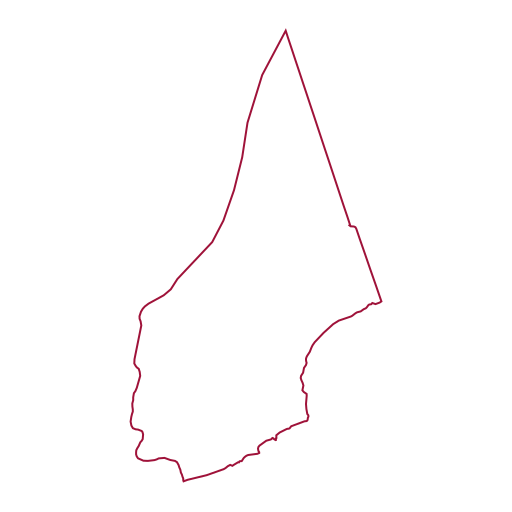 outline of Al Mahrah
{"feature_id": "YEM-332", "entity_name": "Al Mahrah", "entity_type": "Governorate", "adm_level": 1, "iso_a3": "YEM", "parent_name": "Yemen", "parent_adm1": "", "projection": "equal_earth", "projection_center": [51.606, 17.039], "detail": "fine", "context": "isolated", "style": "outline", "palette": "rose", "viewbox_px": 512, "rotation_deg": 0, "n_neighbors": 0, "source": "natural_earth", "source_scale": "10m", "svg_char_len": 2589}
<svg xmlns="http://www.w3.org/2000/svg" viewBox="0 0 512 512"><path d="M285.7,30.7L288.1,38.1L291.8,49.2L295.5,60.4L299.2,71.5L302.9,82.7L306.6,93.8L310.3,105.0L314.0,116.1L317.7,127.3L321.4,138.5L325.1,149.7L328.8,160.8L332.5,172.0L336.2,183.2L339.9,194.4L343.6,205.6L347.4,216.8L350.1,225.1L349.9,225.1L349.5,225.2L349.4,225.3L350.6,226.3L353.9,226.5L355.4,227.2L356.3,228.8L359.6,238.5L365.1,254.3L370.5,270.0L376.0,285.7L381.4,301.4L379.6,302.6L375.5,304.1L372.3,303.0L371.3,304.2L370.3,304.4L369.3,304.5L368.4,305.1L366.8,307.3L365.8,308.3L363.7,309.2L360.7,311.4L357.1,312.3L355.4,313.3L352.2,315.8L350.9,316.5L338.8,320.6L333.2,324.1L323.5,332.9L314.7,342.2L312.5,345.4L311.4,347.7L309.8,351.8L307.0,356.1L306.4,357.4L306.0,358.8L306.0,360.0L306.2,361.4L306.5,362.5L306.6,362.9L306.0,365.0L304.0,367.9L303.1,372.7L301.1,375.8L300.7,378.0L301.4,380.2L302.6,382.8L303.4,385.5L302.4,390.3L303.8,392.0L306.6,393.9L306.7,395.7L306.0,404.0L306.4,409.0L307.3,414.0L307.9,414.7L308.3,415.3L308.4,416.0L308.4,416.7L307.9,417.7L307.8,418.3L307.7,419.3L307.5,420.1L307.0,420.8L306.4,421.1L304.5,421.3L291.3,426.2L290.6,427.0L290.0,427.8L289.5,428.4L288.7,428.7L287.4,428.8L286.5,429.1L279.7,432.5L276.3,435.3L276.4,437.9L276.3,438.4L276.1,438.6L275.9,438.6L275.9,440.0L275.6,440.1L275.1,439.8L274.6,439.5L273.9,439.0L273.3,438.3L272.4,438.0L271.4,439.1L270.7,439.5L266.3,440.7L259.5,445.6L258.4,447.0L258.0,448.7L258.4,450.9L259.2,452.2L259.2,453.0L257.4,453.8L248.2,455.0L246.5,455.7L245.1,456.7L243.8,457.9L241.7,461.1L239.9,461.2L239.3,461.6L239.0,462.3L238.0,462.3L233.7,464.9L232.4,465.8L230.2,464.9L227.8,466.2L225.5,468.1L223.8,469.1L206.6,475.2L187.6,479.8L183.6,481.3L183.3,480.5L183.2,478.4L182.5,476.7L181.9,474.6L180.9,472.6L180.3,469.6L179.3,467.4L178.6,465.1L177.0,462.2L175.0,460.9L170.3,460.0L164.5,457.9L158.7,458.4L156.7,459.4L154.5,460.1L147.8,460.9L143.4,460.7L138.0,458.3L136.7,456.3L136.1,454.4L136.1,452.2L136.3,450.2L137.3,448.2L138.7,446.0L140.3,442.3L141.7,440.8L142.7,439.1L143.1,434.4L142.5,432.1L141.7,431.0L138.1,429.6L135.6,429.3L132.9,428.2L131.4,425.6L130.6,421.6L131.3,416.9L132.0,414.0L132.8,411.6L132.8,409.4L132.4,406.6L132.3,403.5L133.2,400.2L133.2,397.3L133.9,393.2L135.4,391.1L136.8,387.8L140.2,375.9L139.7,371.9L138.7,368.8L136.8,367.4L135.6,365.8L134.3,363.5L134.5,359.2L141.3,325.5L140.6,321.3L139.6,318.8L139.5,316.2L141.0,311.7L142.8,308.7L144.9,306.4L148.6,303.6L163.7,295.3L170.8,289.3L177.4,279.0L212.2,242.1L223.4,220.6L234.0,190.2L242.2,157.3L247.5,122.7L262.2,75.0L285.7,30.7L285.7,30.7Z" fill="none" stroke="#9f1239" stroke-width="2"/></svg>